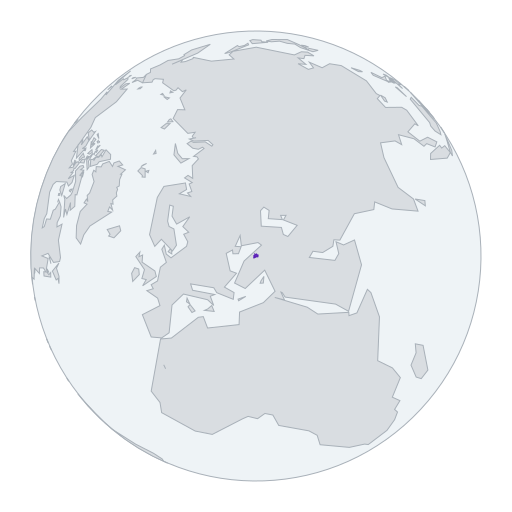 Ordu on an orthographic globe, rotated 313°
{"feature_id": "TUR-2293", "entity_name": "Ordu", "entity_type": "Province", "adm_level": 1, "iso_a3": "TUR", "parent_name": "Turkey", "parent_adm1": "", "projection": "orthographic", "projection_center": [37.565, 40.74], "detail": "fine", "context": "on_globe", "style": "filled", "palette": "violet", "viewbox_px": 512, "rotation_deg": 313, "n_neighbors": 0, "source": "natural_earth", "source_scale": "10m", "svg_char_len": 11332}
<svg xmlns="http://www.w3.org/2000/svg" viewBox="0 0 512 512"><g transform="rotate(313 256 256)"><circle cx="256" cy="256" r="225" fill="#eef3f6" stroke="#a8b0b8"/><path d="M209.9,35.5L210.2,35.4L207.5,36.0L209.9,35.5ZM204.5,36.7L206.4,36.3L214.5,34.8L219.2,34.0L238.7,34.2L264.9,35.6L274.6,35.1L271.4,36.4L290.7,35.5L305.9,38.1L287.9,35.9L285.3,36.4L295.2,38.2L294.7,39.1L299.2,40.8L297.7,41.9L287.3,41.2L286.2,42.1L293.2,43.4L296.2,45.9L286.1,43.7L290.2,47.9L273.6,48.7L247.6,44.1L237.4,47.5L208.1,51.3L209.8,52.8L199.8,55.9L198.1,59.0L193.1,59.3L196.0,61.6L200.8,60.7L203.7,61.5L203.2,63.4L196.7,64.0L196.1,63.1L193.9,64.3L191.0,63.9L192.1,65.2L184.4,66.0L191.1,68.1L184.2,71.3L179.3,71.1L181.1,67.3L174.3,59.2L170.0,58.8L162.0,61.5L144.3,74.1L139.0,75.6L130.8,80.5L133.1,81.1L140.3,77.6L142.6,80.5L151.2,76.5L153.4,77.3L161.7,75.3L159.0,79.9L151.8,85.6L144.8,87.8L141.5,90.6L147.0,92.4L132.8,100.7L121.5,114.1L118.0,116.1L113.2,112.3L116.1,102.1L110.0,99.3L112.4,105.7L103.6,111.5L101.5,114.6L101.1,117.3L103.9,117.1L100.6,120.3L96.8,114.6L99.8,111.5L101.0,113.2L102.3,108.7L99.7,105.8L95.5,109.5L96.1,102.9L93.0,105.6L91.5,106.1L96.3,102.0L87.7,109.5L87.7,106.3L82.9,111.9L93.6,99.8L105.3,88.6L117.6,78.2L130.8,68.7L144.5,60.2L158.8,52.8L173.7,46.3L188.9,40.9L204.5,36.7ZM33.7,219.5L32.7,226.2L31.4,246.3L31.0,257.1L30.8,259.8L31.2,266.5L31.3,269.6L36.3,296.2L41.8,315.5L43.6,325.9L42.8,328.6L44.2,332.7L39.2,317.1L35.3,301.1L32.6,284.9L31.1,268.6L30.8,252.2L31.6,235.8L33.7,219.5ZM75.0,121.8L74.4,122.6L74.0,123.3L74.3,122.8L75.0,121.8ZM221.3,33.6L214.7,34.7L207.6,36.0L213.2,34.8L221.3,33.6ZM234.8,32.6L231.5,33.0L229.0,32.7L231.7,32.5L234.8,32.6ZM281.7,34.8L276.4,34.2L281.7,34.5L281.7,34.8ZM300.0,40.8L301.7,40.8L303.3,41.7L300.0,40.8ZM162.6,73.0L162.1,74.1L160.8,73.9L162.6,73.0ZM166.6,71.1L165.5,70.1L167.2,69.1L167.9,69.7L166.6,71.1ZM302.6,44.5L304.7,46.2L300.8,44.3L302.6,44.5ZM167.7,72.7L170.5,67.5L173.6,65.8L178.8,67.1L167.7,72.7ZM304.7,47.2L309.9,51.9L314.1,52.0L305.3,54.9L303.8,49.6L298.3,47.0L303.0,47.9L304.7,47.2ZM202.6,59.7L197.4,60.6L202.3,58.2L202.6,59.7ZM205.1,57.9L215.9,50.1L223.3,50.0L218.1,52.5L228.1,51.3L226.4,55.0L220.5,56.5L216.1,55.7L218.8,57.8L205.1,57.9ZM299.6,55.9L299.3,57.1L297.6,55.7L299.6,55.9ZM205.3,61.7L206.8,60.0L213.3,59.6L211.4,63.1L209.9,62.0L205.3,61.7ZM231.6,49.3L236.1,49.9L235.9,53.0L237.6,53.7L227.0,55.1L231.6,49.3ZM208.1,63.1L210.3,64.9L206.7,66.8L204.2,63.4L208.1,63.1ZM215.8,58.2L218.8,58.3L216.5,59.3L215.8,58.2ZM195.1,75.4L196.8,73.0L200.4,72.5L195.1,75.4ZM211.3,65.4L212.6,64.8L214.1,64.4L214.8,66.1L211.3,65.4ZM227.6,57.3L226.6,58.6L232.0,56.9L232.1,59.4L224.9,60.0L228.0,60.8L228.1,61.6L222.2,61.2L227.6,57.3ZM220.2,66.8L211.1,68.8L207.2,73.2L204.0,73.6L210.9,66.5L220.2,66.8ZM221.9,63.5L220.1,65.6L217.0,64.8L216.3,63.0L221.9,63.5ZM234.7,61.0L236.4,57.0L237.9,57.1L234.7,61.0ZM219.7,68.1L221.9,67.6L219.7,68.5L219.7,68.1ZM230.8,63.3L231.2,61.8L232.9,61.9L230.8,63.3ZM225.9,68.0L223.0,68.6L222.4,67.3L225.9,68.0ZM228.6,66.0L230.9,66.5L224.0,66.5L228.5,65.2L228.6,66.0ZM232.3,63.6L233.4,63.2L231.9,64.2L232.3,63.6ZM229.8,72.9L221.2,73.3L219.9,70.3L228.4,70.3L229.8,72.9ZM86.5,330.9L77.1,293.8L83.4,285.7L85.7,271.5L130.2,242.8L138.3,250.1L171.8,255.6L175.7,258.8L170.3,269.7L194.3,290.4L203.8,282.2L226.9,293.2L243.2,294.0L251.6,272.0L224.9,270.3L221.6,258.8L244.2,250.7L267.7,252.6L267.2,248.3L253.5,238.3L260.2,230.4L248.9,234.2L252.6,238.8L245.7,241.6L241.9,237.6L244.4,234.7L237.6,232.4L227.5,247.2L230.1,253.5L211.7,254.1L214.3,264.9L208.8,268.9L202.4,252.3L204.0,246.8L191.0,227.2L187.7,233.0L199.7,252.1L195.4,250.0L191.0,258.8L191.0,250.4L178.7,228.9L162.9,228.0L140.6,244.8L131.8,242.9L125.3,234.6L135.6,212.9L154.2,219.6L158.1,212.8L156.2,199.8L162.0,203.2L163.5,198.9L170.6,201.0L182.6,193.7L190.2,194.8L196.7,182.5L201.4,181.6L196.2,189.0L196.7,195.1L215.7,198.6L219.9,196.4L222.6,188.3L227.5,190.6L227.6,182.4L239.5,180.8L225.2,176.2L227.9,167.4L236.0,161.6L234.4,158.2L221.2,167.6L218.3,172.3L219.8,177.5L209.6,190.5L202.7,191.5L203.7,175.4L194.0,175.4L199.0,163.6L231.5,143.9L244.1,141.2L261.3,154.6L257.3,159.9L249.2,157.5L255.0,167.6L255.4,162.9L259.4,165.1L263.1,158.0L266.2,159.3L264.4,150.5L268.6,151.3L269.6,156.8L278.6,147.7L287.7,147.7L288.3,145.2L286.3,142.4L299.2,144.7L299.1,142.7L294.8,141.1L291.7,136.3L291.2,129.0L295.7,130.1L296.5,132.9L304.8,141.0L306.2,148.8L308.0,148.6L307.9,142.2L297.7,132.2L296.1,127.5L301.6,131.5L299.5,129.7L300.1,127.7L305.0,127.1L299.2,122.5L300.1,101.6L309.6,98.8L314.4,104.3L319.7,92.7L330.0,91.7L326.0,90.1L325.9,84.2L322.7,84.4L320.8,83.2L319.0,69.6L322.1,67.8L316.8,61.2L314.8,60.6L312.2,61.4L305.3,54.9L314.1,52.0L318.3,53.6L320.9,51.3L330.2,55.5L339.0,58.3L347.5,65.0L353.8,67.1L354.1,66.0L362.8,68.4L379.7,78.2L364.7,75.0L339.0,63.8L349.4,68.5L346.6,69.0L350.1,71.8L357.4,75.3L358.5,74.7L368.1,90.5L385.0,105.5L384.8,99.2L390.0,99.6L408.9,113.8L429.2,146.9L436.3,149.9L440.3,154.7L441.9,161.9L436.2,155.0L433.0,156.4L429.6,151.7L430.2,161.8L425.3,155.6L428.2,167.0L432.8,169.8L434.1,162.8L438.8,176.0L446.8,178.7L453.4,188.5L459.4,217.3L456.8,233.2L457.9,237.2L453.8,237.4L453.0,249.4L464.1,261.1L465.4,266.8L461.9,285.9L461.0,282.0L450.4,282.4L451.7,297.5L459.9,300.5L462.8,310.4L457.9,312.6L454.6,304.2L450.8,304.0L449.5,291.6L441.9,277.5L436.8,286.6L435.0,279.2L423.7,269.9L415.2,282.5L403.1,313.1L405.1,332.3L399.3,343.9L383.2,323.4L376.5,305.9L370.3,310.5L354.0,299.1L324.8,306.5L321.0,301.9L315.5,305.6L304.0,302.4L298.3,294.4L291.3,296.0L306.6,316.7L314.2,314.9L321.0,304.8L323.8,312.5L334.9,317.1L321.5,339.2L278.7,361.4L275.1,347.0L245.8,305.3L247.1,300.3L247.0,299.8L246.6,298.8L243.3,306.8L238.5,298.0L253.5,328.4L255.7,340.8L278.1,362.3L275.8,364.7L283.2,368.6L307.6,360.2L307.6,365.0L295.7,387.8L262.4,416.4L267.2,432.1L265.5,444.5L245.7,452.0L248.4,459.9L238.3,462.0L238.4,465.9L230.8,469.0L217.8,470.7L194.7,466.7L192.5,463.7L179.7,454.8L161.7,431.6L166.6,423.0L164.2,413.9L147.6,388.2L151.2,376.8L146.9,369.9L138.1,368.1L133.3,359.6L128.0,357.3L95.7,345.7L86.5,330.9ZM113.5,262.7L111.9,266.8L113.5,262.7ZM292.0,266.0L306.5,265.2L301.1,251.5L306.2,250.2L302.5,246.3L300.6,250.5L291.7,239.5L298.3,234.5L297.1,228.4L292.2,228.4L281.4,239.5L294.2,255.1L290.4,261.3L292.0,266.0ZM37.5,201.2L37.6,200.9L36.7,204.6L36.8,203.8L37.5,201.2ZM49.3,166.5L47.6,170.8L48.7,167.8L49.3,166.5ZM52.6,159.2L50.7,163.4L51.1,162.3L52.6,159.2ZM72.8,124.9L73.2,124.4L74.7,122.3L72.8,124.9ZM103.9,111.8L104.0,112.4L102.9,115.4L102.0,114.8L103.9,111.8ZM106.8,125.8L101.4,130.8L104.6,126.5L102.2,126.2L106.1,117.4L116.4,116.7L111.0,118.4L106.8,125.8ZM114.1,106.1L110.5,111.3L114.0,105.7L114.1,106.1ZM164.7,175.2L166.5,179.1L162.8,183.3L153.3,183.2L158.5,176.9L164.7,175.2ZM170.0,183.7L173.6,168.5L179.7,168.4L175.7,170.9L179.4,172.4L173.8,176.9L176.1,192.3L173.0,197.1L156.9,193.4L163.9,191.8L161.7,187.9L170.0,183.7ZM172.3,134.5L173.9,129.1L185.0,135.6L182.2,139.9L172.4,139.7L170.1,134.6L172.3,134.5ZM176.3,76.5L176.3,75.0L178.0,74.7L179.5,75.8L176.3,76.5ZM195.6,74.3L178.5,83.3L177.6,81.9L168.7,89.6L162.7,88.9L168.6,83.9L157.4,89.4L160.4,84.6L153.0,89.0L166.9,77.7L169.2,74.1L168.9,78.3L174.4,78.9L177.4,78.1L187.6,73.2L195.1,66.0L201.7,66.0L204.3,67.8L203.5,69.5L199.5,68.9L201.3,71.6L194.9,72.1L195.6,74.3ZM231.7,96.4L227.4,93.9L230.0,101.7L223.5,101.2L224.3,102.2L219.0,104.1L213.9,108.2L211.2,107.3L210.4,109.3L206.9,110.8L204.9,113.4L199.3,112.9L196.4,116.1L195.4,114.1L191.8,119.8L192.0,115.4L187.5,117.2L189.7,120.5L164.7,114.1L154.1,115.6L145.1,119.6L146.6,112.1L155.9,104.0L168.7,97.1L178.7,97.1L177.6,94.0L182.0,93.2L181.1,95.9L185.2,91.2L188.6,91.4L200.0,86.8L203.9,80.5L208.1,78.9L208.3,81.5L212.4,78.2L215.6,82.0L218.8,81.1L225.1,84.2L223.6,90.0L227.2,88.6L232.2,91.2L231.7,96.4ZM231.4,73.9L231.1,80.5L227.5,83.6L218.0,77.0L214.7,77.3L208.5,73.7L213.9,69.3L215.2,70.7L217.7,71.1L215.0,72.3L219.0,71.6L220.9,73.6L224.6,73.7L223.5,75.7L231.4,73.9ZM181.1,255.4L184.3,256.8L189.6,257.4L186.9,263.2L181.1,255.4ZM172.5,240.9L175.5,240.9L174.3,248.9L171.0,247.7L172.5,240.9ZM178.2,234.3L175.8,240.3L175.1,236.4L178.2,234.3ZM199.2,188.8L202.5,188.5L202.5,190.5L200.1,193.0L199.2,188.8ZM238.0,121.2L236.1,118.8L237.4,118.0L237.6,111.6L242.3,111.7L244.1,115.5L238.0,121.2ZM246.5,275.7L241.2,279.8L238.9,277.6L241.2,276.6L246.5,275.7ZM212.2,272.3L219.5,276.1L211.4,273.8L212.2,272.3ZM243.3,120.3L242.8,117.5L245.5,119.3L243.3,120.3ZM245.8,111.4L249.1,112.9L242.9,110.9L245.8,111.4ZM304.6,439.1L289.8,459.5L279.0,460.5L276.7,455.7L281.9,443.8L294.4,439.1L300.4,432.4L304.6,439.1ZM475.7,305.8L475.7,306.0L475.7,305.6L475.7,305.8ZM475.1,307.6L476.3,303.2L474.5,310.1L475.1,307.6ZM474.1,310.7L466.7,327.2L463.1,331.5L464.5,327.2L470.3,317.5L474.1,310.7ZM464.2,327.6L458.0,329.1L445.6,317.8L450.1,313.8L462.2,314.8L461.6,318.2L465.4,318.8L464.2,327.6ZM477.1,288.5L476.3,297.0L472.7,305.6L470.8,308.5L469.5,301.7L470.2,295.2L472.0,292.0L475.9,261.8L477.9,261.3L477.3,272.5L478.7,275.2L477.1,288.5ZM406.2,333.5L411.7,341.7L408.2,345.6L406.2,333.5ZM475.4,244.5L475.2,257.4L474.7,242.5L475.4,244.5ZM473.8,232.3L474.9,235.7L473.3,234.3L473.8,232.3ZM459.8,242.6L458.1,247.0L457.0,244.4L458.6,237.3L459.8,242.6ZM458.5,197.1L462.4,205.0L463.4,208.3L460.8,205.3L458.5,197.1ZM283.3,120.3L277.7,128.8L276.9,135.7L281.4,140.5L272.7,137.7L274.0,127.0L283.3,120.3ZM297.6,103.6L293.6,99.9L296.8,99.5L298.2,100.2L297.6,103.6ZM294.1,102.8L286.4,102.4L285.2,99.0L291.5,100.0L294.1,102.8ZM264.8,110.6L262.8,113.0L260.7,111.5L264.8,110.6ZM479.4,274.2L479.7,277.2L480.7,268.7L479.9,277.2L479.9,281.2L479.4,285.3L479.6,280.7L478.5,290.6L478.0,292.9L478.4,286.8L479.2,275.3L479.7,269.2L481.0,257.7L479.4,274.2ZM481.3,255.1L481.2,253.4L481.1,248.6L481.2,249.6L481.3,255.1ZM480.1,244.9L478.6,242.8L478.4,249.0L477.9,232.5L479.5,237.3L480.1,244.9ZM477.2,234.6L477.1,240.3L476.6,231.5L477.2,234.6ZM476.5,239.1L475.4,235.1L476.0,232.9L476.5,239.1ZM477.5,232.9L475.7,224.8L477.0,227.8L477.5,232.9ZM472.3,226.4L475.5,227.7L473.1,232.4L468.1,218.5L468.7,214.8L472.3,226.4ZM444.7,152.0L441.8,149.0L441.0,145.2L443.2,148.3L444.7,152.0ZM435.7,131.4L439.9,143.3L442.7,153.5L444.0,153.1L448.8,161.2L444.2,158.3L438.8,146.5L437.5,139.9L432.9,133.9L429.2,126.7L423.2,121.2L420.2,116.8L425.2,120.0L435.7,131.4ZM420.6,119.1L408.8,108.5L409.3,104.6L412.0,106.0L417.2,112.4L416.7,114.1L420.6,119.1ZM406.1,105.0L405.4,106.6L386.6,97.7L382.7,95.0L397.3,98.9L397.5,100.8L402.0,103.9L406.1,105.0ZM301.8,57.4L299.5,57.2L301.1,56.5L301.8,57.4ZM319.0,83.5L316.6,81.8L318.5,80.9L319.0,83.5ZM311.2,76.8L310.7,79.0L309.3,76.2L311.2,76.8ZM309.9,84.3L309.6,79.7L312.5,84.8L309.9,84.3Z" fill="#d9dde1" stroke="#a8b0b8" stroke-width="1"/><path d="M254.8,254.4L255.1,254.4L255.3,254.5L255.5,254.6L255.8,254.7L255.8,254.8L256.0,254.8L256.1,254.7L256.3,254.5L256.4,254.4L256.4,254.5L256.5,254.5L256.7,254.8L256.9,254.9L256.9,255.0L257.0,255.0L257.6,255.1L257.6,255.3L257.5,255.5L257.5,255.8L257.5,256.1L257.5,256.3L257.5,256.5L257.8,256.8L257.7,256.9L257.6,257.0L257.4,257.0L257.3,257.3L257.2,257.3L256.9,257.4L256.8,257.5L256.7,257.6L256.4,257.4L256.2,257.1L256.2,256.9L256.1,256.7L255.7,256.6L255.0,256.2L254.8,256.1L254.6,256.2L254.4,256.2L254.2,256.1L253.8,255.9L253.6,255.8L253.4,255.7L253.5,255.5L253.7,255.4L253.8,255.4L254.0,255.3L254.1,255.2L254.3,255.1L254.5,254.8L254.6,254.6L254.8,254.4L254.8,254.4Z" fill="#8b5cf6" stroke="#5b21b6" stroke-width="1.5"/></g></svg>